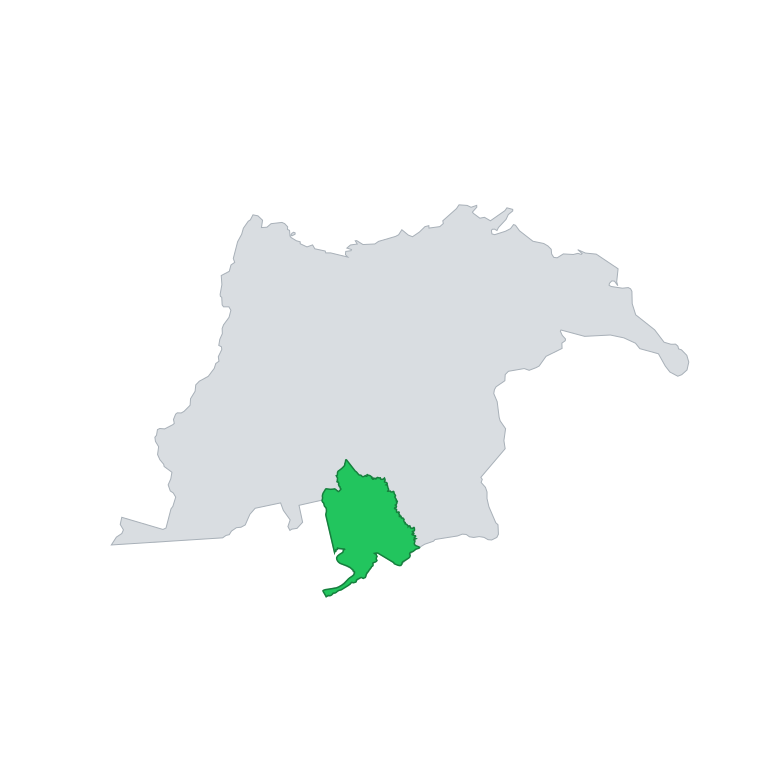 Guainía highlighted on a map of Colombia, rotated 77°
{"feature_id": "COL-1424", "entity_name": "Guainía", "entity_type": "Commissiary", "adm_level": 1, "iso_a3": "COL", "parent_name": "Colombia", "parent_adm1": "", "projection": "robinson", "projection_center": [-68.772, 2.606], "detail": "fine", "context": "in_parent", "style": "filled", "palette": "green", "viewbox_px": 768, "rotation_deg": 77, "n_neighbors": 0, "source": "natural_earth", "source_scale": "10m", "svg_char_len": 9739}
<svg xmlns="http://www.w3.org/2000/svg" viewBox="0 0 768 768"><g transform="rotate(77 384 384)"><path d="M436.7,102.7L429.8,105.9L416.3,109.8L407.1,126.8L400.8,129.8L393.0,139.9L387.2,152.4L382.7,177.8L371.2,199.4L372.2,200.3L376.7,199.4L381.0,197.0L382.6,197.7L384.2,201.5L389.4,202.5L393.5,219.9L401.4,228.8L402.3,232.2L403.3,239.5L400.5,243.9L399.6,259.9L402.1,263.8L408.0,265.5L411.9,275.4L414.4,277.7L418.0,279.2L426.7,277.7L442.4,279.3L446.1,279.1L454.9,275.6L466.1,279.9L474.3,280.5L496.7,310.6L499.0,309.7L501.8,311.5L507.5,308.4L512.4,307.9L518.8,309.4L527.2,309.4L544.3,306.3L546.8,304.6L556.1,306.3L558.9,308.6L560.2,314.2L559.1,317.6L555.9,321.1L554.1,325.6L553.7,331.1L552.1,335.1L549.1,337.7L547.9,341.5L548.6,346.5L547.0,369.2L548.3,371.1L549.3,380.4L553.2,392.5L555.0,395.9L558.4,398.7L564.4,408.7L563.0,412.1L547.6,427.7L546.8,431.3L549.8,429.8L554.5,431.3L556.2,435.0L567.6,445.9L567.4,450.0L570.7,458.2L570.1,460.0L578.0,483.3L578.3,488.2L571.7,489.5L571.5,473.9L570.5,470.8L563.1,456.9L561.5,455.8L556.5,457.4L548.3,467.6L544.4,469.1L541.3,467.7L538.2,461.6L536.1,460.5L534.2,465.6L536.7,470.2L500.1,470.1L493.0,468.2L483.2,470.6L483.1,494.1L500.4,494.4L505.1,501.2L504.7,506.6L505.5,508.6L501.3,509.7L495.3,506.0L484.5,510.5L476.6,511.5L476.1,537.5L480.8,544.0L490.1,550.9L491.4,555.6L490.8,560.1L493.0,565.7L496.0,568.7L496.0,572.0L497.6,575.8L479.5,685.9L473.0,679.2L470.7,673.1L467.5,670.7L461.5,672.6L454.9,669.5L476.0,632.1L475.3,628.8L457.7,619.6L455.8,617.3L447.4,612.4L442.8,613.8L440.1,616.3L433.7,617.0L428.5,613.1L422.3,610.5L414.9,616.8L412.7,616.7L407.4,619.4L401.8,620.5L394.4,617.7L388.5,619.6L384.3,619.2L382.8,617.2L377.5,615.0L376.9,612.5L378.4,607.9L376.1,598.8L375.2,597.2L371.2,597.1L366.5,593.8L365.6,591.9L366.6,588.1L365.7,585.0L361.1,577.7L354.8,575.8L348.6,569.7L342.5,567.6L339.7,563.3L337.0,553.5L330.6,545.9L326.2,543.3L324.7,539.7L320.1,539.3L313.9,534.3L311.2,534.0L309.2,536.3L303.5,533.9L298.6,530.2L293.5,529.2L290.2,527.0L284.2,520.0L277.7,516.6L273.9,517.8L272.7,523.0L270.5,523.9L263.0,522.6L261.8,523.7L259.8,523.5L250.7,519.6L241.7,518.2L239.4,509.4L233.6,506.3L231.9,502.1L227.8,502.6L212.4,494.6L206.1,489.0L200.6,486.0L194.9,479.7L194.0,477.3L189.7,473.6L191.8,469.0L197.1,465.5L204.0,468.2L204.9,462.8L202.4,458.0L203.6,447.1L205.4,444.7L209.2,442.5L211.6,443.3L213.1,441.5L218.7,442.3L220.4,441.6L224.7,437.2L226.6,433.7L228.5,434.1L233.1,428.2L232.4,422.3L236.7,421.0L241.2,411.4L243.2,411.2L244.2,406.6L252.2,390.7L249.3,392.5L246.2,391.4L246.7,386.1L245.7,385.4L243.2,389.6L241.0,385.4L241.6,378.6L238.0,379.8L238.2,378.3L243.4,373.1L245.5,361.4L243.8,357.2L242.8,339.6L241.9,336.2L237.7,331.9L244.4,326.8L246.9,323.1L243.9,315.3L239.9,308.7L239.8,304.7L242.2,305.1L243.2,294.2L241.0,290.1L238.2,290.0L229.4,273.9L226.3,270.6L228.7,262.8L231.4,259.4L230.8,253.5L232.6,253.8L236.4,259.2L238.0,258.4L244.0,253.3L244.2,248.6L248.9,243.6L242.3,227.2L240.0,224.6L242.8,219.3L244.3,219.6L246.9,224.8L251.1,228.1L257.3,237.3L259.9,239.4L258.0,241.4L257.6,243.6L258.5,244.8L262.0,245.1L263.4,242.6L262.5,231.4L261.1,225.8L257.8,221.9L258.9,220.2L265.2,217.5L278.4,206.8L283.0,196.8L286.4,193.2L290.3,190.8L295.1,191.4L298.8,190.1L300.0,186.9L297.6,180.0L300.4,170.4L300.3,165.6L302.1,162.7L301.5,161.6L296.7,165.0L301.7,158.3L305.2,148.0L324.4,130.0L336.8,134.3L340.8,134.1L335.6,136.3L334.8,138.9L336.6,141.7L338.5,142.5L340.1,140.7L344.3,130.1L345.0,124.3L346.8,122.3L349.5,121.6L361.6,124.1L373.2,123.2L392.1,108.1L406.3,101.7L409.8,95.5L410.8,90.9L413.3,89.1L416.0,89.1L417.6,86.5L424.2,82.5L431.2,82.1L438.5,85.6L441.9,91.8L442.5,96.0L436.7,102.7ZM218.9,440.4L218.0,441.2L216.4,439.8L215.8,437.9L216.8,436.6L218.1,437.0L218.9,440.4Z" fill="#d9dde1" stroke="#a8b0b8" stroke-width="1"/><path d="M572.3,490.0L571.6,489.9L571.3,489.0L571.2,487.1L572.0,476.6L571.7,474.3L570.6,470.5L569.4,467.7L565.9,462.5L565.1,460.9L564.1,458.1L563.4,456.8L562.6,455.9L562.1,455.6L560.7,455.0L560.3,455.0L560.0,455.2L559.4,455.8L559.1,456.0L558.0,456.1L557.5,456.5L556.6,457.4L555.4,458.0L552.9,461.0L549.1,466.8L548.1,467.8L546.8,468.7L545.8,469.1L544.6,469.4L543.5,469.4L542.4,469.1L541.3,468.1L540.5,466.7L539.8,465.1L539.1,462.8L538.8,462.1L538.3,461.6L537.6,461.3L536.9,461.1L536.7,461.0L536.4,460.7L536.4,460.4L536.4,459.7L536.2,459.5L535.9,459.7L534.0,465.2L533.4,466.2L533.6,466.3L534.4,466.5L534.7,466.9L534.6,467.7L534.7,468.3L535.9,468.4L536.2,468.6L536.2,468.9L536.2,469.3L536.3,469.6L536.6,469.8L537.1,470.1L499.1,470.2L497.8,470.0L495.4,468.8L493.0,468.3L491.8,468.3L489.6,469.5L488.3,469.6L487.6,469.5L487.0,469.5L486.5,469.6L485.1,470.4L484.5,470.6L483.5,470.6L482.3,469.9L480.9,469.4L479.4,469.3L478.4,468.9L476.8,468.0L473.4,464.7L473.1,464.2L473.2,463.6L474.6,459.8L474.9,457.9L475.1,455.6L476.0,454.7L477.3,453.8L477.6,453.4L478.4,452.9L478.6,452.3L478.5,452.1L477.7,451.0L477.2,450.0L476.7,449.6L476.4,449.6L476.0,449.9L475.5,450.1L474.5,450.0L474.1,450.1L474.0,450.5L473.8,450.6L473.6,450.5L473.3,450.6L472.3,450.9L471.6,450.9L471.2,450.8L471.0,450.5L470.8,450.4L470.4,450.4L469.8,450.6L469.3,450.7L469.1,450.8L469.0,451.0L469.1,451.3L469.0,451.6L468.6,451.8L468.2,451.6L467.5,451.1L467.1,451.1L465.4,450.5L464.9,450.4L464.0,450.8L463.8,450.9L462.6,451.1L462.6,450.4L462.3,450.0L462.0,449.9L461.8,449.8L459.5,449.1L458.9,448.6L458.5,448.1L458.1,447.0L456.8,444.2L455.2,441.6L454.5,440.8L453.8,440.4L453.0,440.2L451.4,439.2L449.6,438.5L449.3,438.2L449.3,437.9L449.7,437.5L462.4,431.6L463.5,430.6L466.1,429.3L466.9,428.8L467.3,428.3L467.5,427.5L467.7,427.0L469.4,425.9L469.6,425.2L469.6,424.4L469.4,423.6L469.1,423.0L469.1,422.7L469.9,422.2L470.0,421.8L470.0,421.5L469.7,421.2L469.4,421.1L468.6,421.0L468.5,420.7L469.2,420.1L469.7,419.0L470.4,418.0L470.9,417.6L471.6,417.1L471.8,416.8L471.9,416.7L472.0,416.7L472.4,417.1L472.8,417.2L473.1,417.0L473.2,416.6L473.1,416.2L473.2,415.7L473.3,415.5L473.6,415.8L473.8,416.5L474.3,416.4L474.4,415.9L474.3,415.4L473.8,414.4L473.9,413.8L474.1,413.5L474.6,413.5L474.7,413.3L474.6,413.0L474.3,412.5L473.9,412.2L473.6,411.7L473.6,411.2L474.0,410.6L474.2,410.2L474.4,409.8L474.5,409.6L474.6,408.7L475.9,408.7L476.2,408.4L476.5,406.8L476.6,406.2L475.9,405.1L475.7,404.7L476.4,404.6L477.3,404.5L478.0,404.6L478.4,404.9L478.5,405.1L478.9,405.3L479.6,405.5L480.4,404.0L480.7,403.6L481.2,403.4L481.8,403.3L482.0,403.4L482.3,403.8L482.7,404.6L482.9,404.2L483.2,403.5L483.7,403.5L485.9,403.5L486.7,403.4L487.3,403.2L487.8,403.2L488.5,403.8L489.0,404.3L489.3,404.5L489.5,404.1L489.6,402.2L489.8,401.9L490.2,401.9L490.8,401.4L491.0,399.9L490.9,399.6L490.7,399.3L490.8,398.9L491.1,398.7L491.7,398.6L492.2,398.7L492.9,398.7L493.6,398.5L494.6,398.1L495.2,397.9L495.7,398.0L496.3,398.8L496.6,398.9L496.9,398.8L497.4,398.6L498.1,398.4L499.3,398.0L499.9,398.0L500.5,398.4L500.8,397.9L501.0,397.5L501.4,397.4L501.9,397.6L502.1,398.1L502.3,398.4L502.7,398.4L503.1,398.4L503.3,398.4L503.7,398.9L504.3,399.2L504.4,399.3L504.5,399.6L504.4,400.0L504.5,400.2L505.5,399.5L505.9,399.3L506.2,399.5L506.8,400.0L507.0,400.0L506.9,401.0L507.1,401.2L507.2,401.5L507.5,401.7L508.0,401.5L508.3,401.2L508.7,400.4L509.1,400.0L509.5,400.2L511.6,400.6L512.0,400.3L511.9,398.8L512.1,398.3L512.4,398.2L512.5,398.1L513.0,398.3L513.0,398.7L513.3,398.8L513.8,398.8L514.9,398.2L515.2,398.1L515.5,398.3L515.9,398.8L516.6,398.8L516.6,398.2L516.4,397.4L516.8,397.1L518.1,397.3L518.5,397.1L518.7,396.7L518.7,395.8L519.6,395.6L520.3,394.9L520.7,395.0L521.2,395.3L521.8,395.5L522.8,395.4L523.2,395.1L523.5,394.7L523.8,394.5L524.2,394.6L524.5,394.8L524.9,394.9L525.1,394.8L525.3,394.2L525.7,393.6L526.2,393.2L527.2,392.9L527.4,392.5L527.7,392.3L528.1,392.1L528.3,392.2L528.0,391.6L527.9,391.2L528.1,390.7L528.8,390.6L530.1,390.6L530.4,390.3L530.6,389.7L530.8,389.2L531.1,388.7L531.0,388.3L530.6,387.7L530.5,387.1L531.0,386.8L531.7,386.9L533.1,387.1L533.8,387.5L534.0,388.2L534.0,389.1L534.3,389.6L535.5,388.8L536.3,388.5L536.7,389.0L536.6,389.3L536.4,389.7L536.3,390.1L536.5,390.4L536.9,390.5L537.3,390.2L538.1,389.2L538.3,388.8L538.7,387.9L539.0,387.5L539.4,387.4L539.7,387.7L540.2,388.6L540.8,389.2L541.2,388.9L541.9,387.6L542.1,388.2L542.1,389.4L542.4,389.9L542.7,389.9L543.2,389.7L543.9,389.1L545.1,389.8L546.3,390.4L547.5,390.3L548.8,389.2L550.4,386.8L550.8,386.4L551.4,386.1L551.6,386.3L551.9,387.1L552.0,389.4L552.1,390.1L553.4,392.7L553.7,393.5L553.9,395.3L554.1,396.2L554.7,397.0L555.3,397.3L555.9,397.3L556.5,397.2L557.1,397.1L558.3,397.8L559.2,399.1L561.4,405.5L561.8,406.2L562.3,406.6L563.5,407.1L564.6,408.4L564.4,409.9L563.6,411.4L561.7,414.1L561.3,414.5L560.9,414.6L560.2,414.7L559.9,415.0L547.5,427.9L547.0,428.9L546.9,431.4L547.4,431.0L547.7,430.5L548.0,430.0L548.6,429.9L549.3,429.9L549.7,429.9L550.3,429.5L550.6,429.6L550.9,430.1L552.2,430.8L553.0,431.0L553.7,430.7L554.3,430.5L554.9,431.1L555.3,431.9L555.5,432.5L555.7,434.2L555.9,435.0L556.3,435.3L557.7,435.3L558.3,435.5L558.8,436.0L558.9,436.3L559.1,437.0L559.3,437.3L559.6,437.5L560.2,437.9L560.5,438.4L561.0,439.2L561.1,439.3L561.5,439.4L561.7,439.8L562.1,440.5L562.4,440.8L563.1,441.2L563.4,441.5L563.9,442.8L564.2,443.0L564.6,443.1L564.9,443.4L565.5,444.1L565.8,444.3L566.9,444.7L568.0,445.5L568.3,445.7L568.4,446.1L568.4,446.8L568.6,447.1L568.8,447.8L568.3,448.6L567.7,449.2L567.4,449.7L567.4,450.4L567.9,451.8L568.1,452.9L568.6,454.4L568.9,454.9L569.4,455.2L570.0,455.4L570.5,455.7L570.7,456.3L570.8,458.2L570.7,458.9L570.0,459.9L570.1,460.3L570.6,461.0L570.8,461.5L571.4,462.0L571.5,462.2L571.6,462.6L572.2,463.9L575.0,472.1L575.0,472.9L575.0,474.5L575.2,475.2L575.5,476.0L576.2,477.3L576.5,478.1L576.6,478.9L576.4,480.4L576.5,480.9L577.5,482.0L577.8,482.7L578.1,483.6L578.1,484.4L577.5,485.8L577.7,486.6L578.3,488.2L577.1,488.5L572.3,490.0Z" fill="#22c55e" stroke="#15803d" stroke-width="1.5"/></g></svg>